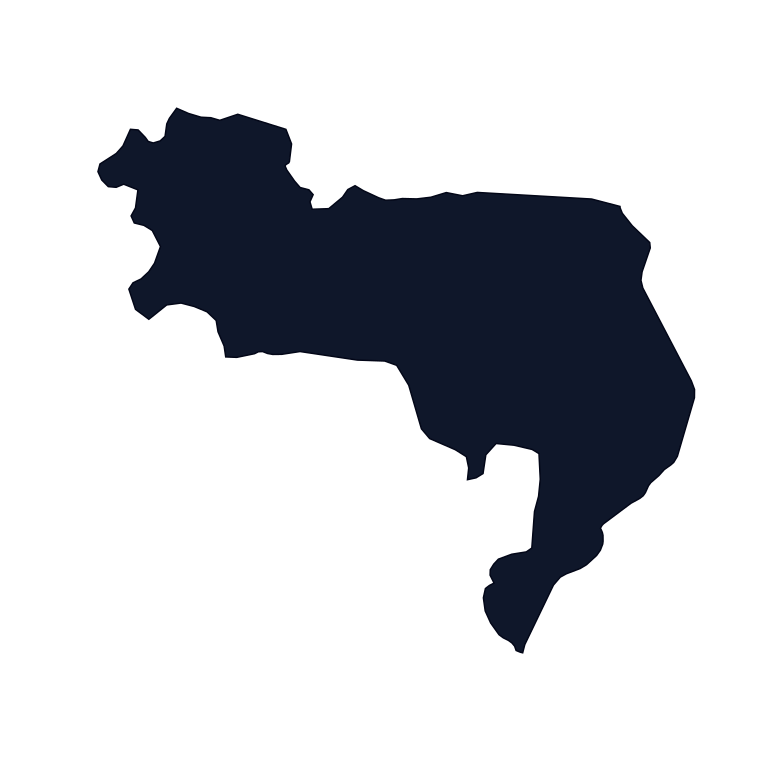 an SVG outline of Katsina, rotated 97°
{"feature_id": "NGA-2870", "entity_name": "Katsina", "entity_type": "State", "adm_level": 1, "iso_a3": "NGA", "parent_name": "Nigeria", "parent_adm1": "", "projection": "natural_earth1", "projection_center": [7.789, 12.229], "detail": "fine", "context": "isolated", "style": "filled", "palette": "ink", "viewbox_px": 768, "rotation_deg": 97, "n_neighbors": 0, "source": "natural_earth", "source_scale": "10m", "svg_char_len": 2130}
<svg xmlns="http://www.w3.org/2000/svg" viewBox="0 0 768 768"><g transform="rotate(97 384 384)"><path d="M359.8,74.2L420.0,84.0L426.5,86.9L429.2,89.3L434.8,95.4L441.4,100.0L449.4,107.2L452.8,109.1L459.9,111.3L460.1,111.4L463.3,113.1L466.4,116.2L472.3,124.4L496.0,149.1L497.8,150.4L500.2,151.4L501.1,151.5L502.0,150.8L504.7,149.2L507.5,148.2L513.4,147.4L516.2,147.4L522.6,149.0L528.3,152.1L538.7,161.0L543.3,166.9L550.1,179.8L554.2,185.5L562.9,191.3L625.5,212.5L633.9,213.6L633.6,216.0L632.4,220.4L628.3,222.4L625.4,225.5L623.3,229.3L621.4,234.7L618.8,239.3L608.2,249.0L596.9,255.9L584.1,259.3L574.6,258.4L571.1,254.8L568.2,250.5L560.8,255.4L555.4,255.9L549.4,253.1L543.9,249.1L537.4,236.5L533.3,222.3L528.8,217.3L492.2,219.1L476.6,216.9L459.5,217.3L434.2,221.7L430.9,229.0L428.9,247.6L429.4,265.5L441.9,274.3L460.8,274.8L465.9,281.2L468.8,289.5L457.0,289.7L446.1,293.4L440.5,305.3L432.6,332.0L423.9,341.4L382.2,359.3L363.9,373.7L361.1,386.2L363.5,413.4L362.0,471.3L367.0,489.1L368.2,498.0L367.9,503.3L366.6,508.4L367.3,512.6L369.7,516.2L375.5,533.4L376.4,544.4L365.8,547.3L352.4,555.1L341.4,558.3L333.9,568.5L330.2,581.8L328.4,595.3L332.0,609.3L348.4,625.3L340.2,639.7L320.9,648.8L314.1,645.4L309.4,638.0L301.3,631.2L292.1,626.5L274.8,622.6L259.9,632.7L255.8,641.6L254.6,651.5L248.0,655.5L239.5,652.1L221.3,651.9L217.4,666.7L221.4,673.8L221.7,681.7L215.9,689.0L208.1,693.8L200.2,692.7L187.8,677.8L179.5,672.1L162.1,666.7L161.8,659.0L168.3,651.0L172.0,647.6L172.9,642.4L170.0,635.8L164.9,631.5L152.3,631.3L146.5,629.4L135.6,623.4L139.3,611.0L141.5,598.1L140.8,588.3L142.3,579.1L134.1,562.0L143.2,512.4L157.0,505.0L174.7,505.0L176.1,505.5L178.2,508.1L179.6,508.8L183.4,506.6L193.5,497.5L199.2,491.2L200.4,482.2L204.7,477.4L212.2,479.7L219.3,476.6L216.7,460.2L203.6,447.9L195.4,443.6L190.7,436.9L194.6,428.1L199.8,412.0L201.4,404.8L200.0,396.4L197.7,388.4L196.3,374.1L192.9,360.2L186.4,345.5L187.6,328.9L182.5,314.8L175.1,200.5L179.0,171.4L180.4,171.1L185.5,168.3L196.7,156.9L211.2,137.5L216.5,136.3L241.2,141.5L249.8,141.6L257.2,138.8L343.5,79.3L351.6,75.1L359.8,74.2Z" fill="#0f172a" stroke="#020617" stroke-width="1.5"/></g></svg>